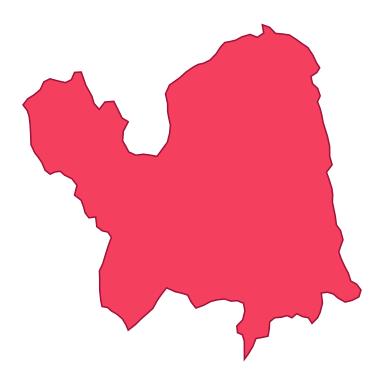 Soledade de Minas, Minas Gerais, Brazil (Natural Earth projection)
{"feature_id": "56859067B11452505630920", "entity_name": "Soledade de Minas", "entity_type": "district", "adm_level": 2, "iso_a3": "BRA", "parent_name": "Brazil", "parent_adm1": "Minas Gerais", "projection": "natural_earth1", "projection_center": [-45.033, -22.029], "detail": "fine", "context": "isolated", "style": "filled", "palette": "rose", "viewbox_px": 384, "rotation_deg": 0, "n_neighbors": 0, "source": "geoboundaries", "source_scale": "gbopen_adm2", "svg_char_len": 2310}
<svg xmlns="http://www.w3.org/2000/svg" viewBox="0 0 384 384"><path d="M128.2,330.2L135.4,324.6L140.8,319.2L146.8,313.9L152.8,308.5L157.1,300.7L160.9,295.1L166.6,287.8L175.2,291.7L181.1,293.0L187.7,295.1L191.1,301.9L195.9,308.1L203.8,305.2L210.9,301.4L217.5,299.8L224.8,299.0L230.7,301.1L237.3,300.7L243.5,303.2L244.9,310.8L242.7,319.8L236.8,326.0L237.5,332.7L242.4,334.7L244.3,341.1L244.4,359.3L248.6,353.5L252.7,346.6L256.0,338.5L261.4,337.6L268.0,336.2L269.3,328.5L269.6,322.0L274.6,317.8L281.5,317.2L287.0,315.6L291.9,317.8L296.8,313.7L302.5,316.6L308.4,317.8L312.0,323.4L317.6,317.8L320.1,312.4L322.5,303.2L321.3,293.0L327.5,292.2L333.2,293.9L338.3,298.2L345.2,302.1L352.0,300.4L358.9,296.9L361.0,290.0L356.6,284.2L350.8,281.0L348.4,273.4L344.7,266.4L341.1,258.6L338.8,251.9L340.7,246.0L343.0,239.8L340.5,230.5L336.4,224.9L335.3,216.3L334.0,209.8L332.4,202.1L332.7,194.9L331.9,188.5L329.4,180.4L326.5,172.2L332.1,164.8L329.7,156.4L329.6,146.0L327.5,136.6L325.3,129.5L323.1,122.4L321.8,115.2L320.2,108.9L317.5,101.7L320.2,95.9L317.7,88.5L312.5,83.6L310.9,76.4L316.8,72.6L319.7,67.8L316.4,62.6L313.1,55.5L307.9,47.6L301.5,43.2L296.5,39.6L289.4,35.0L282.4,34.0L275.5,33.4L269.6,27.3L262.3,24.7L263.7,33.1L257.3,37.3L250.1,34.4L241.8,36.9L235.7,40.2L230.2,41.5L224.8,42.5L220.7,46.8L216.3,53.6L210.1,60.0L203.5,63.3L198.3,64.4L193.2,67.1L186.1,72.0L179.7,77.8L174.8,81.3L169.5,85.0L165.5,93.9L167.6,103.6L167.7,111.7L168.8,117.9L170.4,125.1L169.6,133.4L167.4,142.2L162.2,149.3L157.0,156.4L150.8,155.2L143.5,154.2L135.9,155.2L128.7,151.9L125.9,146.4L122.6,140.9L123.4,131.1L128.3,121.8L122.0,117.9L118.5,110.7L113.8,101.3L104.9,102.0L99.2,109.4L94.0,103.4L91.9,96.2L88.8,90.6L85.8,85.2L83.9,79.7L81.2,72.0L74.5,72.4L71.4,79.7L65.5,82.6L57.0,80.7L50.0,78.8L43.8,81.9L40.4,89.4L34.3,94.7L27.7,98.8L23.0,104.9L27.2,110.4L29.1,116.0L30.1,124.3L30.7,134.8L31.0,144.7L34.8,152.8L38.3,157.3L41.9,162.6L45.1,170.3L50.1,174.2L54.9,172.0L60.3,171.3L64.5,175.1L72.0,178.8L77.0,185.4L74.5,195.1L81.2,200.3L83.6,206.9L85.1,212.7L88.9,217.8L95.7,217.0L96.8,226.7L102.2,230.8L107.9,232.1L111.4,237.3L107.9,247.0L105.2,255.7L102.8,263.7L99.4,270.9L99.7,278.7L99.7,290.0L100.8,300.4L102.0,306.5L107.6,307.5L111.5,311.0L117.1,314.3L122.3,318.8L125.8,324.4L128.2,330.2Z" fill="#f43f5e" stroke="#9f1239" stroke-width="1.5"/></svg>